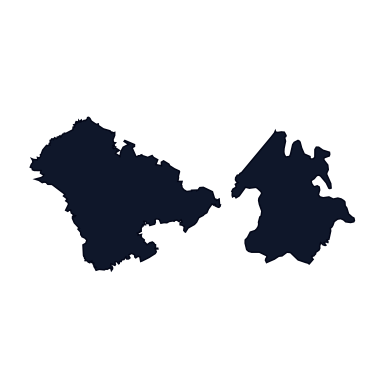 Chalma, Veracruz, Mexico (Albers equal-area conic projection), rotated 349°
{"feature_id": "50627088B44662139516293", "entity_name": "Chalma", "entity_type": "district", "adm_level": 2, "iso_a3": "MEX", "parent_name": "Mexico", "parent_adm1": "Veracruz", "projection": "albers", "projection_center": [-98.357, 21.198], "detail": "fine", "context": "isolated", "style": "filled", "palette": "ink", "viewbox_px": 384, "rotation_deg": 349, "n_neighbors": 0, "source": "geoboundaries", "source_scale": "gbopen_adm2", "svg_char_len": 6032}
<svg xmlns="http://www.w3.org/2000/svg" viewBox="0 0 384 384"><g transform="rotate(349 192 192)"><path d="M147.6,241.4L147.7,240.7L146.8,240.4L145.5,240.3L145.3,240.9L144.7,240.4L145.8,238.6L146.1,236.8L145.4,236.5L144.6,234.6L143.3,233.4L142.3,234.2L141.4,233.6L137.8,235.2L136.2,232.4L135.2,231.8L136.0,229.9L133.9,227.5L133.7,226.0L133.3,226.1L134.3,224.0L131.0,224.2L131.3,223.5L130.5,221.9L133.1,221.5L133.1,220.8L134.6,220.9L135.3,217.4L136.3,216.7L136.5,215.8L137.6,215.9L137.6,214.7L139.9,215.2L139.0,211.6L141.3,212.1L141.5,214.4L143.7,214.4L144.2,216.8L149.2,216.4L150.2,214.8L150.5,212.1L152.3,211.5L154.7,212.8L155.5,216.7L158.7,216.7L161.5,217.4L163.9,216.6L167.6,216.7L168.9,217.3L169.5,216.7L171.7,216.6L173.4,218.3L176.0,217.2L176.5,219.2L176.3,219.7L174.6,219.5L174.1,221.9L176.2,222.8L177.8,224.5L176.6,228.2L178.1,230.6L178.0,230.0L181.3,226.6L188.2,224.3L190.7,222.5L193.8,218.5L198.5,217.1L200.7,215.5L201.1,215.8L202.7,215.1L204.9,211.8L209.4,207.5L211.0,209.2L211.5,208.3L212.6,208.5L212.4,210.2L214.7,211.9L215.5,212.2L216.8,211.4L217.4,210.1L216.6,210.0L217.3,204.1L214.5,204.9L214.1,203.6L212.9,203.2L212.1,195.6L204.0,189.6L200.5,189.2L198.1,191.3L196.9,191.6L196.9,191.0L191.9,190.2L191.8,190.9L186.9,190.5L184.4,188.3L183.0,185.7L183.2,183.8L182.7,183.1L184.3,179.7L180.0,178.9L181.5,175.4L181.6,173.9L183.6,169.7L183.5,169.0L179.2,165.9L175.1,162.0L174.6,160.2L170.0,156.0L167.6,156.9L167.1,160.4L161.7,158.2L164.5,153.8L160.8,150.7L159.8,148.6L155.2,149.6L149.8,146.6L149.8,145.9L148.6,146.0L148.4,146.6L146.2,146.2L144.7,146.9L143.7,146.4L141.7,137.6L142.2,136.9L144.2,136.3L144.6,134.5L135.9,128.6L135.0,129.4L138.8,133.2L133.0,134.9L129.8,138.9L127.7,144.3L127.9,143.0L124.2,139.6L125.9,137.8L126.0,138.3L128.6,137.3L125.2,134.0L124.8,134.6L123.1,134.5L122.6,133.0L125.0,132.8L124.2,132.2L124.5,131.6L123.4,131.2L126.3,129.1L124.3,128.3L124.4,125.6L126.9,121.7L127.5,118.8L126.4,119.0L124.9,118.0L124.4,118.8L123.2,116.3L117.0,113.1L112.8,108.9L113.0,107.3L110.8,107.3L106.7,103.2L105.8,100.3L104.8,99.0L103.7,99.0L103.2,100.3L100.8,101.6L99.8,101.1L98.8,101.6L96.9,101.5L97.0,100.3L95.5,101.0L95.8,101.9L95.0,101.8L94.4,100.3L94.0,101.6L91.7,100.8L91.1,101.7L92.2,102.4L90.6,102.9L90.6,103.4L88.9,103.4L89.6,104.8L88.9,105.0L88.9,106.0L87.7,105.7L86.9,108.2L79.5,110.4L77.8,109.9L77.2,110.7L76.1,110.6L73.7,113.1L73.2,111.6L71.3,112.5L70.2,112.4L69.7,113.6L68.9,113.8L67.6,112.5L65.8,114.0L65.6,113.4L64.4,113.1L63.5,114.2L62.6,114.3L62.3,116.9L61.2,117.1L61.4,118.8L60.1,118.6L59.2,119.1L58.1,118.5L53.5,122.3L51.1,126.3L50.3,126.5L50.3,128.0L49.6,128.9L48.4,129.4L46.9,128.6L46.9,129.9L46.2,130.9L42.6,129.8L41.0,128.7L41.7,130.8L41.4,132.7L39.6,134.2L38.0,136.8L39.7,137.9L39.6,139.7L41.2,140.7L48.0,142.2L46.9,144.5L48.7,146.3L49.8,146.5L49.1,148.1L47.0,149.0L40.5,149.5L44.0,151.4L46.8,154.2L48.6,154.0L50.6,154.7L51.9,156.9L56.0,157.8L66.9,170.0L65.1,171.4L68.3,175.0L66.4,176.6L68.3,178.6L68.5,180.5L64.5,185.8L66.4,187.3L67.7,186.5L69.4,186.5L69.6,189.7L71.3,191.1L70.4,192.4L70.7,192.1L73.2,193.0L72.4,193.9L70.0,193.5L69.6,195.0L70.6,199.8L74.5,206.1L73.0,206.7L75.0,210.1L74.7,212.9L75.5,213.9L75.4,214.8L78.1,216.8L79.7,219.2L77.9,222.1L74.9,223.1L73.4,233.5L73.8,234.2L73.5,234.8L74.3,235.4L73.9,236.7L74.7,237.8L74.0,238.9L76.2,239.6L76.7,240.9L78.0,241.8L78.5,240.6L79.0,241.3L80.3,240.8L80.0,242.0L80.8,242.1L81.2,243.3L81.6,242.9L82.1,243.2L81.3,244.4L82.0,246.1L81.6,246.6L83.0,247.5L82.1,247.7L82.9,250.5L86.1,250.2L91.1,251.7L92.6,251.2L94.0,251.7L96.8,250.9L97.7,251.4L97.9,253.7L99.3,252.4L99.6,251.3L99.2,249.5L98.0,248.7L98.8,247.0L102.3,249.3L103.0,248.6L102.8,246.3L104.2,245.7L105.1,246.2L106.3,248.5L106.9,248.3L107.5,246.4L109.2,246.7L110.1,245.2L112.3,245.3L114.7,243.1L115.2,245.3L117.0,245.6L118.5,244.8L117.8,242.7L118.1,241.6L121.0,240.7L123.6,242.6L123.5,245.0L124.2,245.9L126.9,244.7L128.5,246.0L128.4,250.4L129.7,250.2L137.2,248.1L144.1,245.4L145.5,243.9L145.2,242.1L146.0,240.8L147.6,241.4ZM320.7,256.7L320.9,253.9L322.3,253.3L323.8,251.7L325.9,248.2L329.7,246.4L332.9,246.5L335.4,248.2L337.2,250.6L341.9,252.2L345.1,252.1L346.0,251.0L346.0,248.5L344.4,247.2L341.5,243.4L340.9,237.3L339.7,234.7L340.2,230.9L339.4,229.5L337.1,227.3L334.0,225.8L329.3,225.9L325.5,223.0L319.7,222.7L316.8,221.3L315.6,219.3L315.7,218.4L317.7,214.4L317.8,211.3L316.1,209.8L313.6,210.2L312.4,209.7L311.1,206.6L311.0,204.1L311.8,203.3L314.5,202.2L317.5,199.7L319.8,199.6L321.3,200.9L325.5,208.5L327.1,214.4L327.9,214.9L329.3,214.7L329.8,210.2L327.6,200.5L327.9,199.0L330.0,196.1L330.4,191.4L327.6,185.9L327.7,184.6L328.3,183.6L333.6,182.8L334.4,181.2L334.5,179.2L328.4,175.9L324.9,172.2L322.6,171.7L320.8,173.7L319.3,181.1L317.5,182.6L315.2,182.4L314.3,181.6L314.6,179.7L309.4,176.1L308.0,169.7L307.6,163.8L307.2,162.7L305.9,161.6L301.8,162.8L299.9,164.7L295.9,173.8L294.6,175.7L291.2,175.6L290.5,175.1L289.7,172.5L289.8,170.1L290.6,166.9L293.5,159.9L293.3,156.0L294.6,155.5L295.1,154.5L294.0,150.9L291.2,150.1L287.4,149.9L285.5,149.1L285.4,148.0L284.2,149.8L280.3,153.2L244.5,182.4L242.6,183.0L241.8,184.2L239.6,184.2L237.6,186.3L237.0,188.4L237.7,190.3L238.9,191.5L236.0,192.7L236.4,194.3L236.0,195.8L232.8,196.9L231.2,199.0L231.7,199.5L230.8,202.9L230.9,204.5L231.9,204.1L233.6,204.6L234.1,206.1L237.6,204.8L245.4,197.5L249.1,199.2L255.5,199.6L256.8,200.6L259.9,204.9L260.1,206.9L256.5,210.9L255.8,212.9L255.8,217.0L256.9,224.1L255.3,228.7L253.9,229.4L251.5,234.4L251.4,236.2L250.5,238.4L248.5,240.6L246.4,241.9L241.6,242.5L237.8,247.3L235.1,249.2L234.4,252.4L234.7,259.0L236.2,261.0L238.9,262.4L246.6,263.9L253.0,268.7L253.3,270.0L251.8,271.5L251.1,273.0L251.7,275.5L260.1,273.6L264.9,271.6L268.2,271.9L273.7,269.2L277.1,270.2L283.2,278.9L290.9,283.3L291.3,283.1L293.3,285.0L298.1,281.2L297.4,280.1L297.3,278.0L299.3,278.0L301.6,276.2L301.7,275.0L305.5,273.3L306.7,271.6L307.0,269.4L308.6,266.2L310.6,268.9L312.5,269.9L313.3,269.7L312.0,266.9L314.0,266.5L315.7,267.5L316.0,267.0L315.2,264.8L317.3,264.6L320.7,256.7Z" fill="#0f172a" stroke="#020617" stroke-width="1.5"/></g></svg>